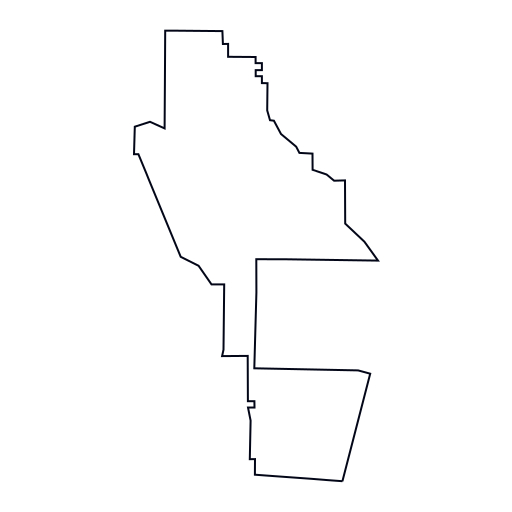 Ware, Georgia, United States of America (Mercator projection)
{"feature_id": "52423323B47497093243576", "entity_name": "Ware", "entity_type": "district", "adm_level": 2, "iso_a3": "USA", "parent_name": "United States of America", "parent_adm1": "Georgia", "projection": "mercator", "projection_center": [-82.412, 31.019], "detail": "fine", "context": "isolated", "style": "outline", "palette": "ink", "viewbox_px": 512, "rotation_deg": 0, "n_neighbors": 0, "source": "geoboundaries", "source_scale": "gbopen_adm2", "svg_char_len": 903}
<svg xmlns="http://www.w3.org/2000/svg" viewBox="0 0 512 512"><path d="M254.9,474.7L273.8,476.1L311.3,478.8L323.8,479.8L327.4,480.1L342.4,481.2L342.4,481.3L370.2,373.7L366.6,372.7L358.1,370.4L254.3,368.3L256.4,292.6L256.3,259.2L287.7,259.3L378.0,260.6L364.4,241.7L345.2,223.6L345.0,180.4L334.1,180.7L326.6,174.5L312.6,169.8L312.5,153.6L299.4,152.9L296.2,146.7L281.0,134.0L273.9,120.7L270.0,120.2L267.2,110.4L267.5,83.2L261.9,83.1L261.9,76.2L255.7,76.2L255.7,70.1L261.9,70.1L261.9,63.1L255.6,63.1L255.6,57.0L228.1,56.8L228.1,43.9L222.9,44.0L222.4,31.1L178.4,30.7L165.2,30.7L164.9,83.7L164.6,128.4L150.0,121.8L134.8,126.7L134.0,154.2L138.4,154.2L146.6,174.0L148.8,179.5L180.7,256.8L198.6,265.8L211.5,284.4L224.2,284.4L223.5,349.7L222.1,356.1L247.7,355.9L247.9,401.2L254.4,401.2L254.5,407.5L248.0,407.5L250.6,420.6L249.8,459.2L255.0,459.1L254.9,474.7Z" fill="none" stroke="#020617" stroke-width="2"/></svg>